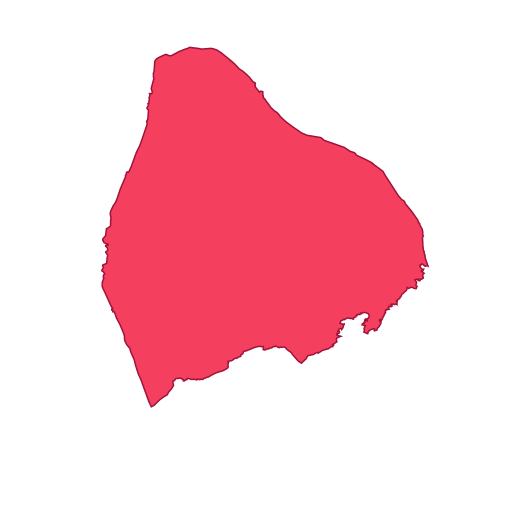 outline of Hebron, West Bank, Palestine, rotated 111°
{"feature_id": "87354302B80979559279056", "entity_name": "Hebron", "entity_type": "district", "adm_level": 2, "iso_a3": "PSE", "parent_name": "Palestine", "parent_adm1": "West Bank", "projection": "equal_earth", "projection_center": [35.111, 31.507], "detail": "fine", "context": "isolated", "style": "filled", "palette": "rose", "viewbox_px": 512, "rotation_deg": 111, "n_neighbors": 0, "source": "geoboundaries", "source_scale": "gbopen_adm2", "svg_char_len": 6094}
<svg xmlns="http://www.w3.org/2000/svg" viewBox="0 0 512 512"><g transform="rotate(111 256 256)"><path d="M281.0,132.4L282.3,132.3L281.8,129.0L285.0,129.2L286.3,128.2L288.4,128.0L288.5,123.9L286.4,124.0L284.2,123.0L281.7,120.1L281.9,119.8L281.6,119.3L283.3,118.9L283.4,118.6L282.0,116.7L279.5,116.6L277.9,115.8L274.0,115.3L272.6,115.7L272.2,117.4L271.5,117.2L271.2,117.6L270.6,117.2L271.4,115.8L268.6,115.4L267.2,115.6L266.0,115.1L264.1,115.4L263.4,114.8L262.6,115.2L262.3,114.9L261.7,115.0L260.8,115.6L259.8,115.6L259.6,114.9L259.4,115.0L258.2,112.8L257.8,113.8L257.1,113.5L257.1,113.3L256.8,113.3L256.7,113.9L255.1,113.8L255.1,111.9L254.4,111.8L253.8,110.9L252.8,112.6L252.3,112.2L251.7,110.6L251.6,109.0L250.5,108.1L250.8,107.0L248.5,107.9L247.4,107.9L247.6,108.9L247.4,109.0L244.0,106.6L242.8,106.8L242.2,106.2L239.3,106.1L238.2,105.2L236.4,104.5L234.4,103.3L233.1,103.2L231.2,103.6L231.6,101.8L229.7,100.2L229.4,99.4L229.5,95.9L229.1,94.8L226.5,94.8L226.4,95.7L225.7,96.4L224.0,96.4L223.0,96.7L221.2,99.1L219.9,97.2L219.5,96.1L220.7,95.9L220.5,94.3L220.2,94.0L218.8,94.3L218.4,93.2L216.9,92.0L215.9,92.2L214.9,93.2L213.4,93.6L211.9,92.8L211.6,94.7L210.7,96.3L210.2,95.6L210.3,94.9L208.2,94.8L208.8,95.9L208.0,98.0L207.1,99.0L206.1,99.6L205.6,98.9L205.3,99.2L204.0,98.4L203.9,97.7L205.0,94.4L203.7,92.7L203.8,91.8L197.2,97.3L194.6,98.6L192.9,100.1L191.6,100.6L191.3,101.1L189.7,102.4L188.5,102.8L187.2,103.6L179.1,107.2L177.1,107.0L176.3,108.1L174.3,108.7L172.6,109.6L171.1,110.8L168.4,114.0L167.5,114.8L166.9,114.9L166.7,115.4L166.7,116.1L164.5,117.8L158.9,126.1L153.6,135.4L152.0,136.8L151.3,138.3L151.2,140.1L148.7,144.7L134.6,164.0L131.4,168.0L127.9,180.6L127.7,180.4L127.3,181.9L126.7,187.8L126.0,197.3L125.6,198.8L124.7,200.1L124.3,201.3L124.5,206.0L123.0,212.4L123.6,233.7L122.4,237.0L122.3,238.4L125.1,252.1L124.8,254.7L124.9,256.3L124.8,257.6L122.2,268.2L119.9,276.4L116.9,283.7L116.2,284.5L114.5,287.8L114.1,289.6L114.1,290.4L111.6,296.3L110.9,296.9L107.5,302.4L106.4,303.7L105.5,305.8L103.8,306.7L102.8,307.6L100.3,308.4L100.1,309.0L100.5,310.8L101.0,311.3L101.8,311.6L98.2,317.5L97.5,317.6L96.6,318.3L95.3,318.3L94.6,319.0L94.5,321.1L91.5,326.2L90.0,329.6L88.3,334.3L87.2,339.0L84.5,344.5L82.7,349.2L78.6,361.8L77.7,366.5L77.9,370.4L78.3,372.5L81.8,379.8L82.5,381.7L82.9,384.4L84.4,390.2L84.8,392.3L85.5,393.3L86.4,393.8L88.2,396.2L92.6,401.0L99.4,406.9L100.1,408.7L100.0,412.3L100.6,413.1L105.2,417.6L106.9,419.0L109.1,420.1L110.7,420.2L119.8,417.4L122.2,417.3L125.6,415.9L127.3,414.9L137.1,413.9L140.6,411.2L142.1,412.0L142.3,413.3L142.5,413.6L143.0,412.9L145.7,412.5L146.2,412.7L146.7,412.2L151.9,410.8L152.2,411.4L152.6,411.5L153.7,410.4L156.8,410.9L157.6,410.3L158.5,408.6L167.1,406.0L169.4,406.4L171.2,405.1L173.4,404.8L190.5,404.1L195.5,404.1L201.9,404.8L217.2,404.5L223.2,404.9L223.5,406.1L224.3,406.9L226.0,406.4L227.7,406.7L228.7,406.2L241.8,406.7L253.4,406.2L256.9,406.5L260.8,407.4L266.3,407.7L268.8,407.3L272.6,404.9L275.1,404.4L279.7,402.7L280.5,402.8L283.7,404.8L284.0,405.4L290.6,403.8L291.5,403.9L295.0,405.2L296.3,404.6L296.3,404.1L297.5,403.5L297.9,402.6L298.3,400.0L297.9,398.3L299.1,398.1L300.0,400.0L300.4,400.1L300.8,399.8L301.3,398.4L302.0,397.3L303.9,396.5L306.1,397.8L306.5,397.6L308.2,394.8L311.2,394.3L316.4,392.8L317.3,393.8L317.7,393.8L318.8,395.5L319.4,395.8L319.9,395.9L321.0,394.7L321.9,394.3L324.6,394.9L325.3,394.2L325.4,393.0L326.0,391.9L326.8,391.3L326.9,390.9L327.9,391.3L329.6,391.4L331.0,390.6L331.1,390.1L335.6,390.1L338.4,389.2L340.3,388.1L345.0,383.1L354.5,373.6L356.5,370.9L357.0,371.6L357.6,371.6L358.2,371.2L358.4,369.9L359.4,369.7L359.0,368.2L364.2,363.7L368.6,358.6L374.5,352.9L377.7,350.2L380.7,349.0L382.7,347.6L385.1,344.9L387.5,340.7L390.5,338.5L396.4,332.6L401.4,329.1L408.4,323.5L412.5,319.3L430.6,303.6L434.3,299.7L431.7,297.5L424.6,294.3L420.3,291.5L417.4,289.1L414.8,288.9L409.9,287.2L406.4,286.6L403.6,288.4L402.6,288.6L401.5,287.4L399.4,287.1L398.4,285.5L398.2,284.6L397.7,284.3L397.0,282.4L397.4,281.2L397.3,279.8L397.6,279.4L398.6,279.2L398.5,278.3L396.6,277.1L396.1,276.1L395.0,276.4L394.8,276.1L394.4,274.4L394.5,272.4L393.0,268.8L393.0,267.0L392.7,266.7L392.3,266.8L391.7,266.3L391.7,264.5L391.6,264.0L390.8,263.8L390.4,261.5L389.7,261.0L388.7,260.7L388.1,259.5L387.1,258.7L386.1,257.1L383.2,254.9L379.5,251.5L374.8,245.6L371.8,243.0L370.2,242.2L369.2,242.3L368.0,243.2L365.3,243.4L364.9,244.4L364.5,244.4L364.0,243.6L363.4,243.2L362.5,241.2L358.9,238.8L358.7,238.6L358.5,237.3L356.4,236.1L355.9,235.0L354.8,234.3L353.4,234.6L352.8,233.9L351.5,233.2L349.4,233.4L348.0,231.0L341.8,224.5L340.1,222.1L339.0,220.1L338.6,217.9L338.0,216.7L339.1,216.1L340.8,215.8L340.7,214.3L339.8,213.1L339.0,213.0L338.3,211.1L337.9,210.6L336.7,209.8L336.2,208.4L334.2,207.2L334.0,206.8L333.9,205.9L333.1,205.3L332.9,204.6L333.3,203.0L333.3,201.5L332.3,200.4L332.0,199.2L330.6,196.5L332.2,193.5L333.7,188.1L334.8,186.8L339.0,178.8L339.8,175.2L336.2,173.4L335.2,173.1L334.6,172.5L330.5,171.9L327.3,167.0L325.2,165.5L324.4,164.7L324.2,163.9L324.5,163.2L320.2,160.0L316.7,155.3L314.9,153.9L313.6,153.3L313.2,152.0L312.4,152.4L312.3,151.9L311.4,151.6L311.2,152.6L307.1,149.7L306.1,150.6L304.3,151.2L303.5,151.1L300.6,148.0L300.8,150.8L300.7,152.3L300.0,152.7L299.1,152.5L299.3,151.8L298.0,150.7L297.2,150.6L296.8,150.9L296.3,151.3L296.3,152.3L296.6,152.6L295.9,152.6L295.0,152.2L294.1,152.1L293.2,151.0L293.4,150.0L293.7,150.2L294.1,149.7L291.6,149.1L290.1,149.4L288.3,149.2L287.8,149.3L288.8,150.6L288.8,151.2L288.5,151.7L288.8,153.5L286.1,153.5L283.6,151.1L283.7,150.7L283.5,150.4L281.3,148.7L280.5,146.1L280.6,145.3L279.8,143.9L280.2,142.7L279.9,142.3L279.1,142.7L278.4,142.6L277.1,141.0L275.6,141.1L275.5,140.5L274.9,140.8L274.5,140.7L274.4,140.4L274.7,140.3L273.8,139.4L273.5,138.0L272.0,138.0L271.8,137.6L272.0,136.7L271.2,136.6L270.4,135.4L269.7,134.2L269.5,133.2L269.8,130.2L270.4,129.5L272.2,128.6L274.5,129.2L275.1,130.2L275.3,130.9L275.6,131.1L275.8,129.1L276.4,128.8L276.9,129.0L276.9,131.4L278.7,131.1L279.8,131.6L279.1,130.8L279.3,130.8L280.2,131.2L281.0,132.4Z" fill="#f43f5e" stroke="#9f1239" stroke-width="1.5"/></g></svg>